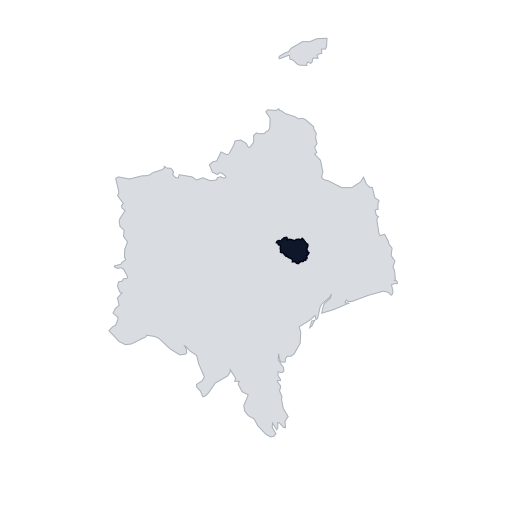 location of Corrèze within France, rotated 242°
{"feature_id": "FRA-5280", "entity_name": "Corrèze", "entity_type": "Metropolitan department", "adm_level": 1, "iso_a3": "FRA", "parent_name": "France", "parent_adm1": "", "projection": "mercator", "projection_center": [1.862, 45.347], "detail": "fine", "context": "in_parent", "style": "filled", "palette": "ink", "viewbox_px": 512, "rotation_deg": 242, "n_neighbors": 0, "source": "natural_earth", "source_scale": "10m", "svg_char_len": 6433}
<svg xmlns="http://www.w3.org/2000/svg" viewBox="0 0 512 512"><g transform="rotate(242 256 256)"><path d="M378.2,217.0L375.4,218.6L373.6,221.8L371.8,222.5L368.5,222.6L367.0,220.6L363.0,221.8L361.4,223.9L363.8,226.4L356.0,236.6L351.0,239.2L350.0,245.8L344.1,250.8L342.0,255.9L341.8,257.0L343.3,258.7L342.6,262.0L339.7,264.2L339.7,266.4L340.5,266.7L345.0,264.9L346.8,262.9L345.9,260.2L350.4,256.9L358.5,257.7L359.5,262.2L358.4,265.9L364.3,274.0L359.2,277.7L358.9,280.2L364.1,288.2L367.4,291.5L365.6,296.9L360.1,300.3L356.6,300.1L355.1,300.9L355.2,302.6L357.6,307.4L363.6,310.5L364.5,314.2L362.8,315.5L360.1,321.0L361.3,323.7L360.8,324.9L361.4,326.7L363.0,328.5L371.2,333.2L378.7,332.3L379.6,334.9L375.1,342.0L375.3,345.2L373.0,345.3L372.6,346.4L368.0,348.7L360.6,355.8L357.1,357.9L355.8,361.5L353.7,363.5L343.1,367.6L341.1,366.7L335.9,366.8L332.7,364.2L326.5,362.6L324.5,358.8L318.7,358.1L318.4,355.6L310.2,357.9L298.8,354.5L294.8,350.8L291.5,351.8L288.5,355.1L276.2,363.7L271.4,372.6L272.3,383.0L275.1,388.0L267.6,387.2L263.2,388.7L262.0,390.9L251.5,388.3L247.5,390.5L246.5,390.3L245.1,388.2L239.9,385.7L240.7,384.0L240.0,382.5L235.1,381.3L233.4,382.8L231.6,379.8L217.9,375.1L215.7,375.2L214.8,379.8L206.0,379.7L204.7,378.9L199.0,379.8L193.0,375.5L186.3,376.3L182.1,371.8L178.1,371.5L172.5,369.2L169.9,368.0L169.6,366.7L167.9,368.7L165.8,368.3L165.3,367.6L166.7,365.1L167.0,362.2L159.9,360.1L158.0,358.0L158.0,356.8L161.8,355.8L165.2,351.8L168.5,337.0L170.8,319.4L172.6,316.0L174.8,315.1L173.0,312.6L170.8,315.8L172.2,299.5L174.7,287.1L180.6,292.2L182.0,294.4L183.8,301.7L187.1,304.8L185.0,301.9L182.8,292.1L181.5,289.3L172.0,281.1L171.7,279.2L175.8,280.2L174.1,274.0L173.2,260.9L167.4,259.6L158.2,254.0L151.8,244.0L151.1,240.2L152.7,236.2L151.3,233.6L148.6,231.9L150.6,228.4L152.5,228.1L159.2,230.0L153.8,226.8L144.9,227.9L141.4,226.7L140.8,224.3L143.2,221.2L140.2,219.3L135.2,219.7L134.5,218.9L136.0,216.7L134.8,215.9L130.6,216.7L128.3,216.0L126.1,213.5L119.4,212.9L117.9,211.4L108.7,208.5L99.1,209.0L96.4,203.9L90.5,201.4L91.7,199.8L97.5,198.3L98.7,196.9L94.4,194.8L92.9,192.7L100.7,192.2L97.2,189.9L89.6,190.1L88.5,187.0L89.5,183.8L94.0,181.0L105.0,177.9L113.1,177.8L118.8,174.2L124.4,173.2L129.7,175.0L137.0,184.0L142.7,180.0L151.3,180.1L153.1,182.4L155.4,178.3L157.3,180.6L167.8,179.9L165.3,178.3L163.4,174.4L162.9,160.3L157.5,149.9L156.2,146.2L156.5,143.0L162.8,143.5L168.0,142.1L170.5,143.1L171.1,149.8L173.3,153.6L187.8,154.8L196.2,156.9L203.2,153.1L209.7,151.4L210.3,150.6L206.5,150.9L203.0,149.3L202.5,147.5L204.4,142.3L214.4,136.5L229.1,131.5L232.9,128.3L237.3,122.3L236.3,120.7L236.9,104.4L239.1,99.0L244.7,95.0L259.1,91.1L260.9,96.4L260.7,99.3L264.5,103.9L266.4,105.4L272.7,102.9L275.7,107.2L276.6,112.0L284.1,114.0L286.3,120.3L287.7,118.9L292.4,119.2L294.6,119.7L297.7,122.5L296.7,126.2L298.1,128.1L296.8,131.5L297.7,132.9L306.3,132.9L308.9,131.4L310.1,127.9L312.7,125.9L313.7,126.5L312.1,133.0L313.3,134.6L313.9,139.2L317.1,139.5L323.5,143.2L328.8,149.2L335.5,148.2L340.6,151.6L346.0,149.8L351.1,151.6L352.9,153.4L357.6,161.8L361.2,160.1L363.8,161.1L364.6,163.5L374.3,162.1L376.1,164.4L378.1,165.3L390.3,168.5L390.5,171.6L383.4,180.4L380.3,193.0L378.2,197.3L377.4,200.6L378.0,202.7L377.7,206.1L376.2,214.2L377.0,216.5L378.2,217.0ZM421.8,376.1L421.2,380.8L422.9,384.2L423.5,397.6L420.0,404.0L419.3,411.7L414.9,420.9L408.1,416.8L406.1,414.6L407.9,411.0L404.0,409.1L404.9,405.7L404.5,404.0L401.7,403.8L401.6,402.9L403.6,400.3L403.6,398.6L400.9,396.6L400.4,394.7L403.0,392.7L401.8,390.8L400.4,390.4L403.9,384.3L406.2,382.4L411.6,380.7L413.8,378.4L417.3,379.7L417.9,379.1L419.1,369.4L420.3,369.2L421.4,370.5L421.8,376.1ZM172.4,274.7L171.6,277.6L168.0,272.5L167.5,269.8L172.4,274.7Z" fill="#d9dde1" stroke="#a8b0b8" stroke-width="1"/><path d="M243.6,282.6L243.8,282.6L244.7,282.1L244.3,281.7L244.9,281.7L246.3,281.4L246.5,280.8L246.9,280.2L247.3,279.8L247.7,279.5L248.1,279.5L248.3,279.6L248.5,279.7L248.9,280.2L249.2,280.4L250.8,280.7L253.5,282.4L253.8,282.4L254.2,282.4L254.5,282.2L255.1,281.2L255.3,281.1L256.9,281.3L257.5,281.0L258.2,280.3L258.8,281.1L259.1,281.6L259.1,281.8L259.1,282.3L259.0,282.9L259.0,283.2L259.0,283.4L258.9,283.5L258.7,283.8L258.2,284.0L257.9,284.3L257.7,285.4L257.7,285.7L257.8,285.9L258.2,286.3L258.4,286.7L258.4,287.1L258.4,287.7L258.4,288.2L258.5,288.5L258.9,288.9L258.4,291.0L258.2,291.7L258.1,291.8L257.9,291.9L257.1,291.8L256.6,291.6L256.2,291.3L256.0,291.2L255.9,291.1L255.5,291.1L255.2,291.2L255.0,291.3L255.0,291.5L255.3,291.8L255.4,292.0L255.4,292.3L255.4,292.5L255.1,293.1L254.9,293.6L254.7,293.8L253.7,295.1L253.6,295.3L253.1,295.5L252.6,295.6L252.5,295.9L252.3,296.6L252.2,296.7L251.3,297.4L251.3,297.7L251.3,297.9L251.3,298.2L251.3,298.4L251.5,298.6L251.6,298.9L251.7,299.2L251.6,299.6L251.1,300.6L251.0,301.0L250.9,301.3L250.7,301.7L250.5,302.0L250.3,302.2L249.4,302.9L249.3,303.2L249.3,303.4L249.3,303.6L249.8,304.5L249.9,304.8L249.9,305.1L249.7,305.2L249.5,305.3L248.7,305.4L248.2,305.7L246.9,305.7L246.4,305.8L245.7,306.1L245.4,306.1L245.1,305.8L244.8,305.8L244.6,305.9L243.3,306.6L242.1,307.1L241.6,307.0L241.3,307.0L241.2,306.9L241.0,306.7L240.8,306.5L240.5,306.4L240.1,306.2L239.9,306.0L239.8,305.8L239.7,305.5L239.6,305.4L238.8,304.6L238.0,304.1L237.6,303.9L237.0,303.7L236.7,303.7L236.2,303.9L236.0,303.7L235.9,303.5L235.8,303.4L235.6,303.4L235.4,303.5L235.2,303.7L235.1,303.8L234.8,303.9L234.5,304.1L234.1,304.3L233.9,303.8L233.4,303.5L233.3,303.3L233.1,302.9L232.9,302.5L232.7,302.0L232.6,301.7L232.7,301.2L232.8,301.0L232.8,300.6L232.7,300.5L232.5,300.4L231.2,300.5L230.9,300.4L230.6,300.3L230.1,300.0L229.9,299.7L230.0,299.3L230.1,299.1L230.2,298.9L230.2,298.7L230.1,298.4L230.0,298.2L229.8,298.2L229.3,298.2L229.0,298.1L229.0,297.8L229.0,297.6L229.2,297.4L229.8,296.9L229.9,296.7L230.0,296.4L229.8,296.2L229.5,296.0L229.2,295.7L229.1,295.2L229.2,294.8L229.2,294.4L229.3,294.2L229.5,294.0L229.8,293.8L230.2,293.3L230.8,292.9L230.9,292.7L231.0,292.3L231.0,292.1L230.8,292.0L230.6,292.0L230.4,292.1L230.2,292.1L229.8,291.9L229.7,291.7L229.7,291.4L229.8,291.2L230.0,291.0L230.1,290.7L230.2,290.4L230.1,290.2L229.9,290.1L229.7,290.1L229.4,290.0L229.5,289.7L230.0,289.0L230.6,288.4L231.1,288.2L231.5,288.2L232.1,288.0L232.9,287.3L233.2,286.8L233.8,285.4L235.3,286.4L236.6,286.2L239.7,283.8L240.9,283.4L241.3,283.0L241.6,282.6L241.8,282.3L242.2,282.2L242.4,282.3L242.7,282.6L242.9,282.7L243.3,282.6L243.6,282.6Z" fill="#0f172a" stroke="#020617" stroke-width="1.5"/></g></svg>